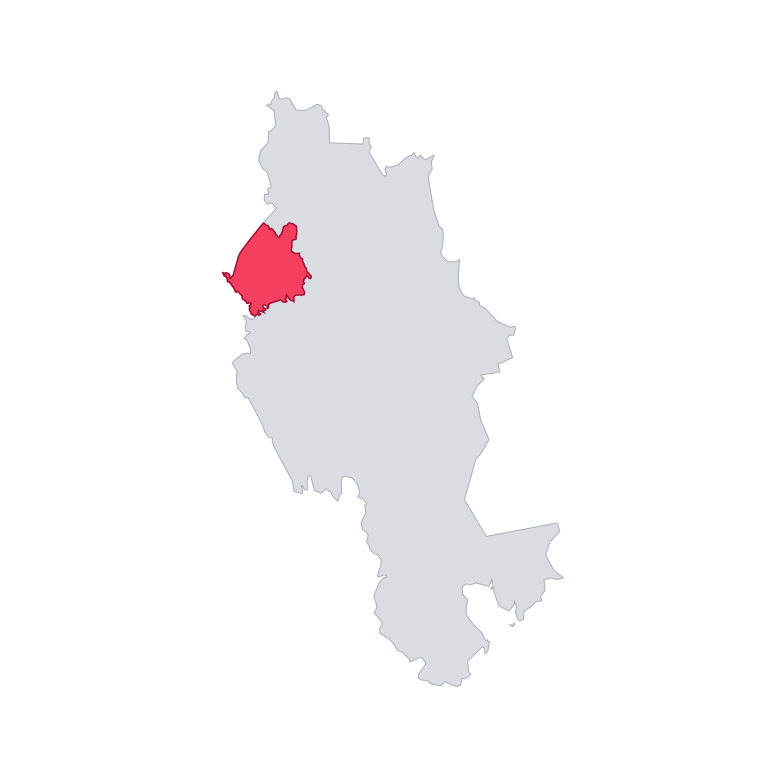 Kazakhstan, with Pavlodar highlighted, rotated 254°
{"feature_id": "KAZ-3205", "entity_name": "Pavlodar", "entity_type": "Region", "adm_level": 1, "iso_a3": "KAZ", "parent_name": "Kazakhstan", "parent_adm1": "", "projection": "robinson", "projection_center": [75.843, 52.234], "detail": "fine", "context": "in_parent", "style": "filled", "palette": "rose", "viewbox_px": 768, "rotation_deg": 254, "n_neighbors": 0, "source": "natural_earth", "source_scale": "10m", "svg_char_len": 7608}
<svg xmlns="http://www.w3.org/2000/svg" viewBox="0 0 768 768"><g transform="rotate(254 384 384)"><path d="M442.2,494.0L438.5,495.5L436.4,498.1L433.7,497.3L428.5,502.3L413.2,510.0L403.8,520.8L403.5,525.7L400.9,525.8L395.2,522.1L396.4,517.8L393.7,514.5L374.1,514.9L371.4,498.9L363.6,498.7L365.9,479.5L361.1,481.7L356.6,473.2L347.7,465.3L340.2,468.5L320.8,467.0L301.5,469.7L289.3,456.5L287.2,452.1L250.6,429.5L209.3,440.3L202.8,512.1L194.1,512.6L186.1,499.5L175.1,492.3L157.9,495.9L148.2,503.1L148.3,496.9L151.5,490.5L151.8,484.0L141.0,481.8L137.1,476.2L132.1,475.9L132.9,469.9L129.7,464.6L127.0,456.0L119.5,453.4L118.6,450.7L119.5,448.4L121.4,447.6L128.5,447.5L133.1,450.0L139.0,449.4L135.5,447.7L131.4,441.8L138.8,433.3L154.7,432.4L166.6,433.8L160.5,429.2L167.5,417.3L167.1,411.8L169.1,408.1L168.0,404.5L165.9,402.6L159.3,401.9L153.5,405.0L145.9,401.1L139.4,399.6L127.1,404.0L118.1,409.5L109.6,410.9L109.5,413.0L108.4,412.5L107.1,413.5L107.3,414.5L98.3,410.0L97.0,408.4L97.3,406.8L102.9,407.4L104.3,406.0L94.6,388.0L84.3,386.2L81.2,387.4L78.7,383.4L79.1,377.9L73.4,374.5L73.1,371.3L75.2,366.9L81.2,360.2L78.3,356.0L79.1,353.4L82.6,346.7L86.9,343.8L89.0,338.7L92.1,336.2L95.1,336.7L103.0,346.6L104.4,347.2L109.6,345.2L111.1,343.6L109.7,332.3L112.4,332.5L120.9,327.8L124.3,323.4L129.3,322.5L137.1,318.9L145.6,311.2L150.9,312.7L153.1,316.0L157.1,315.8L166.8,311.5L171.5,315.9L183.0,315.8L193.9,324.2L197.5,329.1L197.7,332.8L198.9,333.7L200.6,331.4L199.8,326.0L201.3,324.7L211.3,331.3L216.1,332.8L221.8,330.4L223.6,327.9L229.2,324.6L231.0,325.3L237.1,323.7L243.2,327.1L246.4,326.4L249.6,323.2L257.3,323.7L264.5,330.7L272.9,332.1L273.7,334.5L278.3,332.8L282.5,327.8L287.7,331.0L295.5,330.7L302.5,327.6L306.1,320.6L305.8,318.8L303.1,316.6L290.0,312.6L289.1,310.3L284.0,307.3L290.2,303.7L293.9,303.2L299.1,299.7L296.4,293.3L301.0,287.7L314.6,288.2L316.3,287.1L315.5,285.1L310.4,282.8L303.7,281.7L303.3,280.8L304.4,278.7L309.1,277.3L308.3,276.2L304.9,276.8L301.1,275.4L305.4,267.9L315.6,269.3L353.3,261.0L360.2,260.8L362.5,261.8L364.9,258.5L368.5,256.5L379.4,255.7L408.0,249.8L409.3,248.4L408.9,246.4L413.5,245.6L420.3,242.2L427.7,242.8L437.6,246.4L445.8,243.8L448.2,247.0L451.9,256.9L451.3,261.4L449.8,263.3L450.3,264.3L453.9,265.3L463.7,264.4L466.4,262.1L469.3,265.9L470.1,269.4L472.1,268.3L471.9,266.6L472.7,265.7L477.0,266.2L481.6,269.1L488.7,267.5L488.2,269.6L482.6,273.8L482.3,275.9L484.1,278.7L490.8,275.5L495.9,276.3L498.0,278.0L499.5,274.9L505.1,271.6L510.8,270.3L513.1,268.8L514.0,266.6L534.5,259.9L531.9,265.5L528.5,265.4L529.4,267.8L549.8,282.1L574.3,315.6L582.4,329.2L588.9,326.0L589.1,321.5L593.3,319.4L599.3,321.3L598.6,325.5L603.4,325.8L604.7,329.9L620.2,330.1L624.0,327.0L632.9,325.1L642.0,329.2L648.2,339.3L658.4,342.7L658.8,345.9L662.5,351.3L677.1,353.5L684.3,348.1L685.2,349.7L683.8,352.3L686.7,353.7L689.8,357.6L693.4,359.0L694.9,361.5L687.1,362.2L686.0,364.3L686.1,369.0L683.7,372.2L671.6,375.0L668.6,384.0L671.3,396.8L668.8,400.5L665.0,401.0L658.2,404.9L656.3,402.2L646.2,402.2L630.8,398.1L620.8,428.8L621.0,430.2L625.6,432.1L625.8,434.6L624.3,437.8L620.3,436.0L615.3,437.1L611.3,433.5L585.9,440.1L583.0,442.5L585.0,444.2L589.1,444.0L592.6,445.8L590.7,449.0L590.9,457.9L595.8,468.3L596.2,473.2L598.1,476.1L597.6,477.3L595.4,476.8L591.9,478.4L591.8,479.8L594.3,481.8L589.0,484.5L588.4,486.6L590.1,494.2L589.4,495.1L584.7,490.8L576.9,489.4L572.0,483.7L538.1,479.8L519.9,480.5L516.7,482.9L512.4,482.5L503.8,479.7L494.2,474.6L490.1,475.5L483.8,479.2L481.6,487.2L482.7,490.8L463.5,484.0L455.3,482.8L447.3,484.5L441.4,492.2L442.2,494.0ZM118.4,443.1L116.9,443.5L115.6,441.5L116.3,439.4L117.8,438.6L116.3,441.2L118.4,443.1ZM158.7,432.3L157.4,432.0L156.9,431.1L158.6,430.2L158.7,432.3Z" fill="#d9dde1" stroke="#a8b0b8" stroke-width="1"/><path d="M535.0,259.5L535.4,259.5L535.6,259.7L535.5,260.1L535.2,260.3L534.1,260.5L533.8,260.7L533.5,260.9L533.3,261.2L533.5,261.4L534.2,261.6L534.5,261.7L534.6,262.2L534.6,262.7L534.3,263.0L534.0,263.3L533.8,263.7L533.6,264.2L533.5,264.4L533.3,264.6L532.9,264.9L532.8,265.0L532.0,265.7L531.1,265.7L529.3,265.2L528.3,265.1L528.1,265.2L527.8,265.4L527.8,265.5L529.3,267.5L529.6,268.4L530.0,269.0L531.3,269.8L533.1,270.9L535.8,272.5L538.6,274.2L541.3,275.9L544.0,277.6L546.1,278.8L547.9,280.3L548.6,281.0L549.9,282.0L551.5,284.0L552.5,285.3L554.2,287.5L555.8,289.7L557.4,291.8L559.1,294.0L561.2,297.1L563.4,300.1L565.5,303.1L567.7,306.2L569.4,308.6L571.0,310.9L571.7,312.0L571.4,312.0L571.0,313.6L568.9,314.3L568.9,314.8L568.6,315.7L567.9,316.3L567.1,316.7L566.6,316.5L564.5,316.7L563.9,317.8L564.6,318.0L564.4,318.8L563.7,319.3L559.8,321.0L558.8,321.2L558.4,320.7L557.8,320.9L557.4,321.5L555.8,322.3L555.2,322.3L554.4,322.8L554.3,323.0L554.1,323.2L554.0,323.3L554.1,323.6L554.3,323.8L554.5,324.1L554.4,324.4L554.8,324.6L555.2,324.7L555.4,324.9L555.6,325.5L555.8,325.8L556.1,325.9L556.1,326.0L556.5,326.8L556.7,327.1L556.9,327.2L557.4,327.2L557.6,327.3L557.8,327.5L558.9,328.6L562.8,330.6L563.4,333.1L563.4,335.1L564.1,335.5L565.0,337.2L564.1,338.9L562.8,340.9L559.8,343.3L555.1,342.3L551.8,341.2L549.8,339.9L548.6,340.0L547.6,339.5L547.4,338.4L547.6,336.5L546.9,335.1L543.5,333.8L540.5,333.0L539.2,332.0L537.1,331.8L533.9,334.6L533.4,336.6L533.0,338.8L531.2,338.2L529.5,338.3L528.6,338.7L527.9,338.8L526.9,340.2L525.0,339.6L519.3,340.4L518.0,340.1L517.1,341.0L512.9,341.0L511.4,342.0L507.8,343.8L506.5,343.4L505.6,342.2L506.2,341.6L506.5,341.1L508.1,340.5L509.7,339.5L508.4,338.7L507.4,337.6L507.8,337.3L507.3,336.5L506.5,335.7L505.9,335.7L504.4,334.4L503.0,335.4L502.0,334.5L502.1,333.0L500.5,332.4L499.4,332.2L499.0,331.8L498.2,332.3L497.0,332.6L493.4,332.9L491.8,331.7L492.2,330.4L492.0,329.0L492.7,328.7L493.3,325.2L493.7,324.2L493.6,323.4L493.2,322.4L492.8,321.6L488.0,320.1L489.1,319.2L489.8,318.2L490.2,317.2L491.6,316.4L493.9,315.6L495.3,315.4L496.5,314.8L494.9,314.1L493.2,313.6L492.8,312.9L491.8,312.9L490.0,313.2L489.9,311.3L491.0,309.3L492.5,308.4L493.3,307.8L493.0,297.2L492.6,295.7L492.1,295.3L491.1,294.5L489.1,294.0L488.7,292.5L489.2,292.5L490.8,293.3L491.3,294.0L491.9,292.8L492.2,291.9L492.7,291.3L493.1,289.9L492.0,288.8L490.3,289.1L489.2,290.7L487.4,290.4L487.7,288.8L488.0,288.0L487.3,287.8L485.9,288.3L486.4,287.7L487.7,285.9L488.3,284.7L489.3,283.5L488.5,283.2L488.0,283.2L487.6,283.0L487.0,283.3L486.1,284.1L485.1,284.7L484.6,283.7L484.7,282.3L485.6,281.8L486.5,281.6L484.7,278.7L485.8,277.9L486.1,277.6L486.3,277.4L486.4,277.2L486.5,276.9L486.6,276.7L486.9,276.5L487.0,276.5L487.4,276.6L487.5,276.5L487.6,276.4L487.6,276.2L487.7,275.9L487.7,275.7L487.8,275.6L489.0,275.6L489.7,275.9L489.9,275.9L491.0,275.2L491.4,275.1L491.9,275.1L492.5,275.2L493.5,275.3L493.8,275.7L493.7,276.0L493.8,276.3L494.0,276.5L494.4,276.5L494.6,276.4L494.9,275.9L495.0,275.9L496.0,275.9L496.3,276.2L496.4,276.4L496.5,276.6L496.8,276.7L496.7,277.1L496.8,277.4L497.3,277.9L498.1,278.4L498.5,278.4L498.8,278.1L499.6,276.4L499.4,276.1L499.1,275.9L499.2,274.8L499.3,274.4L499.5,274.2L501.9,274.3L502.1,274.2L502.3,273.3L502.5,273.0L502.6,272.9L502.8,272.9L503.5,272.8L503.7,272.7L503.8,272.4L504.0,271.9L504.1,271.6L504.7,271.3L505.9,271.4L506.5,271.5L507.6,271.9L508.0,271.9L509.9,270.8L511.7,269.8L514.0,268.5L512.9,267.1L513.9,266.6L514.4,266.4L514.9,266.3L516.5,266.5L517.0,266.4L517.8,266.1L518.6,265.8L520.3,265.2L522.9,264.3L525.0,263.5L524.8,263.1L524.8,262.8L524.9,262.5L525.1,262.1L525.4,261.8L525.7,261.7L528.6,262.3L529.3,262.2L530.2,261.6L530.5,261.5L531.2,261.6L531.4,261.5L531.7,261.3L531.7,261.0L531.7,260.6L531.8,260.3L532.1,260.0L532.5,260.0L533.4,260.0L533.7,260.0L534.8,259.6L535.0,259.5Z" fill="#f43f5e" stroke="#9f1239" stroke-width="1.5"/></g></svg>